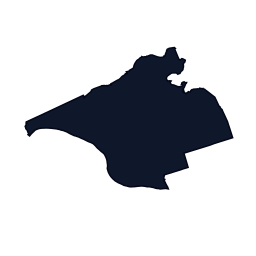 outline of Birzgales pag., Keguma, Latvia, rotated 167°
{"feature_id": "27541924B47267130606950", "entity_name": "Birzgales pag.", "entity_type": "district", "adm_level": 2, "iso_a3": "LVA", "parent_name": "Latvia", "parent_adm1": "Keguma", "projection": "mercator", "projection_center": [24.79, 56.63], "detail": "fine", "context": "isolated", "style": "filled", "palette": "ink", "viewbox_px": 256, "rotation_deg": 167, "n_neighbors": 0, "source": "geoboundaries", "source_scale": "gbopen_adm2", "svg_char_len": 5370}
<svg xmlns="http://www.w3.org/2000/svg" viewBox="0 0 256 256"><g transform="rotate(167 128 128)"><path d="M141.7,71.5L140.7,70.9L139.4,70.3L138.2,70.0L134.2,69.3L131.2,69.0L128.0,68.5L126.3,68.0L124.9,67.5L122.6,66.5L122.2,66.3L121.2,66.2L120.0,65.8L116.8,64.4L114.9,63.3L114.0,62.8L112.6,62.3L111.2,61.9L110.6,61.4L109.1,61.2L105.2,60.7L104.1,60.3L102.4,59.6L102.7,61.8L102.8,62.0L103.0,62.5L103.0,62.8L103.2,63.0L103.3,63.2L103.4,64.2L103.9,65.4L104.0,65.5L104.1,65.9L104.0,66.2L103.9,66.2L104.0,66.7L104.2,67.3L104.5,67.3L104.6,67.5L104.8,67.6L104.9,67.8L104.5,68.4L104.2,69.2L104.1,69.3L103.7,69.4L103.7,69.5L104.1,69.5L104.1,69.4L104.3,69.4L104.3,69.6L104.2,69.6L104.3,70.2L104.1,70.3L104.6,70.2L104.8,70.3L104.7,70.5L104.5,70.9L104.3,71.0L104.2,71.2L104.2,71.3L104.3,71.7L104.3,71.8L104.0,72.5L103.7,72.7L103.6,73.0L103.3,73.5L103.5,73.6L103.5,73.8L103.6,74.0L103.2,74.2L85.4,75.5L84.4,75.7L78.3,76.1L79.2,90.9L51.9,92.9L47.6,93.5L28.2,95.0L29.0,104.4L29.4,108.5L29.6,111.6L32.2,124.2L32.2,124.4L32.4,124.3L32.5,124.8L34.1,128.2L33.9,128.2L34.2,128.6L34.5,129.3L35.2,132.5L36.5,138.5L37.1,139.2L42.4,145.7L44.1,147.7L44.6,148.5L46.3,149.4L46.2,149.6L47.0,149.7L47.8,150.0L48.7,150.4L49.1,150.7L50.2,150.1L50.4,150.1L51.3,150.5L52.4,150.6L53.5,150.8L54.1,150.8L55.0,151.1L55.8,151.0L56.1,150.8L56.6,150.9L56.7,151.0L57.2,151.0L57.3,150.8L57.7,150.7L58.5,150.2L58.8,149.6L58.9,149.4L59.4,148.9L59.7,148.9L60.8,149.8L62.7,149.1L63.1,148.5L63.7,148.4L64.2,148.7L64.8,149.9L65.7,149.9L65.6,150.5L66.2,150.5L66.6,151.7L66.4,151.7L65.3,151.5L65.3,153.5L65.5,153.7L64.7,154.3L63.6,155.5L63.5,155.8L62.2,157.5L61.9,158.1L61.1,158.5L60.7,159.1L62.3,159.4L62.8,160.3L63.3,160.4L64.5,160.2L65.6,159.7L65.7,158.9L66.3,158.2L65.7,157.9L65.5,157.6L65.2,157.4L65.6,156.5L66.0,156.3L66.9,156.3L67.5,156.6L69.9,156.7L70.0,157.1L70.4,157.1L70.5,157.4L71.0,157.6L71.8,158.3L72.3,158.4L72.6,158.8L73.5,159.5L74.3,159.8L74.6,160.0L75.3,160.0L76.6,161.6L76.6,162.1L76.6,162.9L76.4,163.1L76.3,163.3L76.0,163.5L75.4,164.1L76.6,164.6L78.6,164.8L78.5,165.0L79.2,165.4L79.3,166.4L79.5,168.0L78.0,169.8L73.1,171.8L68.4,170.8L67.4,169.2L67.1,169.3L65.2,169.5L64.7,169.9L64.2,170.6L63.3,171.4L62.6,171.6L61.9,172.0L61.1,173.0L60.9,173.9L60.7,174.2L60.6,174.4L60.6,174.6L60.2,175.0L60.1,175.3L60.1,175.8L59.9,176.4L59.9,177.1L59.6,177.9L59.7,178.0L59.3,178.3L58.2,179.6L57.8,179.5L57.7,179.7L57.0,181.0L56.9,181.2L57.0,181.3L59.0,183.0L59.9,183.5L60.5,183.3L61.1,182.7L62.8,183.0L63.4,186.2L64.4,192.2L64.8,194.4L63.9,194.8L64.7,196.0L70.1,196.4L70.5,196.1L71.9,196.0L72.8,195.0L72.6,194.8L74.7,191.9L75.0,191.4L75.6,190.2L75.8,190.0L75.8,189.9L76.7,190.1L76.9,189.3L77.6,189.4L78.5,189.1L79.7,189.4L80.8,189.5L82.6,190.4L83.0,190.4L84.0,191.2L84.6,191.5L87.8,193.6L88.2,193.7L89.6,194.0L90.0,194.1L90.3,193.9L91.2,193.8L92.8,193.6L93.5,193.8L94.1,193.2L95.6,193.7L96.4,193.6L98.0,194.1L98.3,194.3L98.3,194.2L100.5,193.6L102.5,192.3L103.1,192.3L104.4,191.6L106.6,189.5L106.6,189.2L107.3,188.7L108.3,187.1L108.2,187.0L109.4,185.1L113.7,183.8L114.0,183.3L114.8,183.1L115.5,183.1L116.9,183.2L116.4,181.5L116.4,181.2L116.6,181.1L117.6,181.5L118.3,181.6L118.5,180.9L120.0,180.3L120.7,179.9L121.1,179.8L121.4,179.9L121.7,179.8L122.9,179.1L124.2,178.1L126.1,177.2L127.4,177.0L128.2,176.8L130.8,176.0L132.2,175.6L132.4,175.6L132.8,175.1L133.8,175.2L134.6,175.0L134.3,173.8L134.4,173.7L134.5,173.7L134.6,173.8L134.7,173.7L134.8,173.7L134.8,173.8L134.9,173.7L135.3,173.6L135.4,173.8L135.5,173.8L135.8,173.8L136.1,173.9L136.1,174.0L136.4,173.9L136.6,174.1L136.8,174.0L137.1,174.0L137.2,173.9L137.7,173.8L137.9,173.7L138.0,173.8L138.6,173.7L138.6,173.8L138.8,173.9L138.9,173.6L139.0,173.6L139.1,174.2L140.2,174.2L141.1,174.5L141.7,174.8L143.0,174.9L144.0,175.1L144.1,174.9L152.4,173.9L154.9,173.2L155.6,172.2L156.0,171.7L162.1,168.6L162.3,168.6L162.5,168.6L162.8,168.6L163.0,168.5L163.1,168.3L163.3,168.3L163.2,168.2L163.3,168.2L163.2,168.0L163.4,167.8L163.4,168.0L163.5,168.0L163.4,167.9L163.5,167.8L163.8,167.6L164.3,169.9L183.8,165.7L201.9,161.8L225.8,156.8L226.1,156.0L226.3,155.1L226.3,154.9L226.0,154.9L226.4,154.6L226.4,154.3L226.4,154.1L227.8,152.8L227.8,152.7L227.6,150.8L227.7,150.4L227.5,150.1L227.4,149.7L227.0,149.1L226.5,147.8L226.5,147.5L226.6,147.2L226.6,146.7L226.5,146.4L226.2,146.0L226.1,145.6L226.1,145.4L226.2,145.0L226.3,144.7L226.7,144.4L227.0,144.1L225.7,142.4L223.8,143.9L222.2,144.9L220.6,145.8L219.6,146.5L218.5,147.0L217.3,147.2L215.9,147.4L214.6,147.5L212.0,147.3L210.7,147.0L208.0,146.5L205.3,145.8L202.2,144.8L200.6,144.2L199.6,143.9L198.7,143.5L198.2,143.4L196.3,142.5L195.2,142.0L193.6,141.0L192.0,140.3L191.0,139.7L190.5,139.3L189.4,138.6L189.1,138.4L188.3,137.8L186.0,135.7L185.3,135.1L184.9,134.9L184.6,134.6L182.2,132.7L180.4,131.8L180.2,131.6L178.3,130.5L175.5,128.3L173.5,126.9L173.1,126.5L171.5,125.2L171.3,125.0L169.7,123.7L167.3,122.1L165.7,120.8L165.1,120.1L164.7,119.5L163.4,117.4L162.9,116.3L162.0,114.9L160.8,113.3L159.4,111.2L158.0,109.5L157.4,108.6L157.1,108.2L156.8,107.4L156.3,105.4L155.9,103.2L155.8,101.8L155.8,100.6L156.0,99.3L156.0,99.1L156.1,98.3L156.1,97.8L156.1,97.4L156.3,96.3L156.4,95.7L156.4,95.3L156.9,94.5L156.9,94.1L157.2,93.5L157.3,93.1L157.3,92.6L157.1,89.9L157.1,89.4L156.3,86.3L155.5,84.3L154.3,82.1L152.4,79.4L150.7,77.8L149.9,77.0L148.7,76.1L146.9,74.8L144.8,73.0L141.7,71.5Z" fill="#0f172a" stroke="#020617" stroke-width="1.5"/></g></svg>